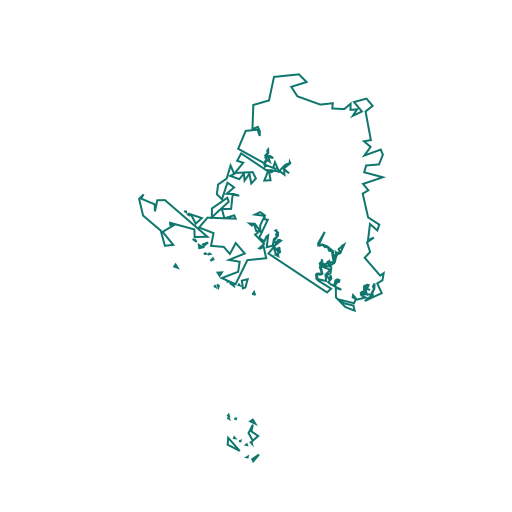 outline of San Lorenzo, Chiriquí, Panama, rotated 24°
{"feature_id": "35544464B69995284434654", "entity_name": "San Lorenzo", "entity_type": "district", "adm_level": 2, "iso_a3": "PAN", "parent_name": "Panama", "parent_adm1": "Chiriquí", "projection": "albers", "projection_center": [-82.13, 8.214], "detail": "fine", "context": "isolated", "style": "outline", "palette": "teal", "viewbox_px": 512, "rotation_deg": 24, "n_neighbors": 0, "source": "geoboundaries", "source_scale": "gbopen_adm2", "svg_char_len": 6187}
<svg xmlns="http://www.w3.org/2000/svg" viewBox="0 0 512 512"><g transform="rotate(24 256 256)"><path d="M351.9,196.0L347.1,180.4L356.4,183.3L355.9,177.2L342.7,175.1L328.1,155.6L331.9,150.3L324.5,146.6L339.8,132.5L320.8,135.5L319.8,128.5L331.1,122.3L330.7,111.9L326.7,108.0L314.1,120.2L316.3,109.7L308.0,107.3L313.8,103.4L297.3,79.4L301.5,71.4L292.9,67.3L282.9,75.5L294.0,80.9L287.4,88.6L288.7,80.9L282.9,84.1L280.5,78.4L276.9,85.9L265.7,90.2L264.0,85.2L253.2,91.5L228.9,93.3L219.4,87.1L231.4,76.5L221.3,72.6L199.6,85.1L204.6,108.6L192.1,119.1L201.1,141.4L205.2,137.3L208.7,140.4L210.6,144.8L206.0,140.0L195.7,145.9L196.1,165.3L225.7,167.9L226.2,163.3L223.6,160.6L224.8,156.9L223.4,155.3L223.8,153.8L225.3,156.8L224.7,161.5L227.9,158.9L231.9,159.5L226.7,160.6L230.3,164.3L226.9,163.7L226.5,169.0L235.8,168.5L235.2,162.7L242.6,169.4L245.1,162.1L246.4,159.9L249.0,157.7L248.6,156.4L249.6,157.3L245.7,165.0L252.6,167.0L246.5,165.5L248.9,170.2L244.7,169.2L237.8,170.7L236.0,173.2L233.6,173.5L238.5,180.9L232.9,183.7L232.5,173.8L200.7,168.3L200.1,176.7L206.4,176.0L203.0,188.7L218.9,180.7L224.4,185.3L222.2,191.7L216.5,183.5L214.9,191.8L211.4,185.6L209.5,192.6L199.9,193.3L202.7,189.9L196.0,183.7L197.7,197.3L192.3,206.1L195.1,215.5L201.8,218.0L200.1,200.7L208.1,202.2L203.9,211.1L210.5,208.4L216.2,207.7L209.7,209.5L214.1,223.1L205.7,227.0L211.8,234.4L219.6,227.7L222.2,230.2L196.1,240.7L192.4,253.1L207.9,252.4L210.8,265.0L222.9,260.8L231.3,264.7L232.2,252.4L244.7,258.3L232.9,270.6L243.4,267.9L246.1,277.7L233.7,290.1L248.8,290.1L249.8,263.3L266.2,253.9L259.3,244.5L256.6,247.7L255.8,247.7L258.5,241.6L246.5,236.9L249.0,232.2L245.8,233.0L241.5,227.5L239.9,229.9L236.7,229.0L241.8,227.1L249.7,231.4L247.4,226.4L247.6,215.8L238.2,218.6L242.0,214.2L247.4,215.2L249.0,218.9L252.0,218.1L251.5,238.2L257.7,239.1L257.6,234.1L258.7,232.2L262.2,243.6L267.1,239.7L265.5,233.4L267.6,228.8L265.6,228.4L265.6,227.6L266.4,225.8L263.6,225.0L263.7,224.4L265.0,223.8L263.7,225.0L266.7,225.7L267.8,228.7L266.3,234.8L268.7,236.4L269.9,232.2L271.3,231.7L272.7,231.8L268.3,239.8L275.6,243.7L273.0,240.5L273.0,239.9L274.0,239.1L276.4,242.7L273.9,246.3L275.5,245.6L276.5,247.1L274.0,246.9L268.4,240.8L266.4,248.7L335.7,260.4L337.9,255.3L322.9,253.2L320.4,252.2L318.4,248.5L319.0,247.2L323.5,245.3L318.9,240.3L318.9,238.6L326.9,235.7L325.1,233.5L324.6,231.6L322.9,235.8L322.0,236.0L320.2,235.7L319.6,237.3L317.8,237.6L317.3,236.7L318.5,233.9L317.1,232.3L318.7,233.8L317.5,237.0L318.8,237.4L320.2,235.5L322.8,235.7L324.2,231.6L329.9,230.7L324.3,222.3L324.4,220.6L320.4,221.4L318.1,218.6L315.6,219.8L311.8,218.8L310.1,220.7L309.0,220.9L308.0,220.1L307.6,219.1L309.0,206.0L308.8,220.7L311.8,218.5L317.2,218.2L324.2,220.2L329.4,227.9L327.7,223.5L328.9,222.1L327.6,220.5L328.0,220.0L328.8,220.0L329.6,221.0L329.6,219.7L331.6,218.9L328.7,216.1L329.9,213.8L331.0,213.6L330.4,212.8L330.4,211.8L331.9,209.6L331.8,219.1L329.6,221.3L327.9,220.5L329.2,222.3L330.5,229.9L327.7,234.8L329.5,235.9L331.1,241.6L328.2,244.9L332.8,247.7L332.0,243.2L334.0,245.9L332.8,250.6L336.1,251.6L340.2,250.8L339.0,248.9L340.3,247.7L338.9,247.7L338.5,246.0L339.9,244.2L341.6,244.9L341.9,245.9L341.9,243.3L342.4,245.7L341.6,246.1L340.1,244.4L338.8,246.0L340.6,247.5L340.4,250.7L338.0,251.6L347.7,252.1L341.9,252.7L345.9,261.3L358.4,266.3L368.3,265.8L365.2,261.7L355.6,263.4L351.2,263.1L350.2,261.9L364.7,259.3L364.8,254.7L361.1,254.4L360.6,252.3L365.9,254.8L372.9,249.4L368.3,249.1L366.7,247.0L367.8,245.3L371.3,245.7L369.2,244.2L367.1,240.0L367.3,239.1L369.4,237.0L370.5,236.9L370.9,237.3L370.3,240.9L374.0,240.6L370.2,241.1L370.3,237.1L367.5,239.3L371.9,244.7L371.5,245.9L370.7,246.6L367.6,245.9L367.6,248.1L377.9,244.0L376.8,242.8L377.1,237.7L375.2,236.3L375.5,232.9L377.4,237.7L377.3,242.8L378.5,244.0L373.6,252.9L386.0,238.8L377.9,231.7L381.4,226.8L379.6,219.8L377.4,223.4L356.0,213.4L358.6,205.9L351.9,198.4L356.2,191.2L351.9,196.0ZM150.1,242.0L143.2,245.2L145.5,256.4L142.5,250.0L127.6,250.3L128.2,245.5L126.0,251.4L136.4,265.0L158.6,271.5L168.6,283.7L175.9,279.5L160.9,271.9L168.0,261.9L165.0,262.5L164.0,260.6L188.9,256.8L192.2,263.6L203.8,258.2L150.1,242.0ZM209.0,217.5L206.1,214.5L196.4,230.5L199.9,238.6L209.0,217.5ZM329.5,238.3L319.1,238.9L323.8,245.0L323.1,246.4L319.0,248.4L321.8,252.0L330.3,250.3L327.1,244.9L329.5,238.3ZM191.1,243.4L179.7,244.5L187.8,251.0L191.1,243.4ZM320.4,440.7L304.6,433.4L306.8,439.9L320.4,440.7ZM321.7,411.4L321.2,420.8L328.2,426.0L331.2,419.6L323.2,418.1L321.7,411.4ZM257.8,280.6L253.1,284.3L257.2,290.9L259.1,289.1L257.8,280.6ZM337.0,444.7L339.5,436.2L335.2,443.1L337.0,444.7ZM323.6,409.5L319.6,406.8L318.0,409.4L323.6,409.5ZM189.1,298.6L186.0,296.5L185.6,298.9L189.1,298.6ZM203.8,269.8L199.3,269.1L201.0,271.9L203.8,269.8ZM206.7,263.1L202.8,267.0L204.2,268.1L206.7,263.1ZM230.9,288.9L231.5,284.8L227.7,286.8L230.9,288.9ZM233.1,173.1L236.5,170.8L232.3,172.6L233.1,173.1ZM196.0,267.3L194.0,266.0L191.3,266.3L196.0,267.3ZM216.3,278.9L218.5,276.4L217.5,275.6L216.3,278.9ZM247.5,291.7L242.9,291.3L248.0,292.4L247.5,291.7ZM211.3,274.3L213.4,272.8L212.5,272.6L211.3,274.3ZM179.6,246.1L177.6,244.7L177.0,245.8L179.6,246.1ZM325.3,233.0L327.7,233.8L325.5,232.2L325.3,233.0ZM234.2,298.4L232.1,297.8L234.4,299.8L234.2,298.4ZM238.4,168.3L236.3,168.4L238.5,168.6L238.4,168.3ZM328.7,429.2L327.5,427.6L326.9,428.4L328.7,429.2ZM228.9,169.6L227.0,169.4L227.8,170.7L228.9,169.6ZM270.0,290.9L268.9,289.7L268.8,290.3L270.0,290.9ZM207.6,275.4L209.3,274.4L208.6,274.1L207.6,275.4ZM270.8,291.5L267.7,292.1L271.3,291.7L270.8,291.5ZM323.7,432.6L324.7,432.4L324.1,431.8L323.7,432.6ZM174.0,243.8L172.2,244.2L174.4,244.4L174.0,243.8ZM310.0,431.3L311.0,431.0L309.9,430.5L310.0,431.3ZM244.4,165.1L245.5,164.2L245.0,163.4L244.4,165.1ZM302.4,413.3L303.9,413.3L303.9,412.6L302.4,413.3ZM240.5,291.0L241.8,290.5L240.5,290.4L240.5,291.0ZM315.9,432.1L317.2,431.6L317.1,431.0L315.9,432.1ZM295.3,413.1L296.3,413.1L295.5,412.2L295.3,413.1ZM253.1,289.5L252.0,288.9L251.9,289.7L253.1,289.5ZM296.5,415.5L297.4,415.6L296.6,414.9L296.5,415.5ZM230.6,300.6L231.5,300.7L230.7,300.1L230.6,300.6ZM329.4,443.6L330.3,443.4L330.1,442.6L329.4,443.6ZM247.3,161.0L246.5,160.3L246.4,160.6L247.3,161.0Z" fill="none" stroke="#0f766e" stroke-width="2"/></g></svg>